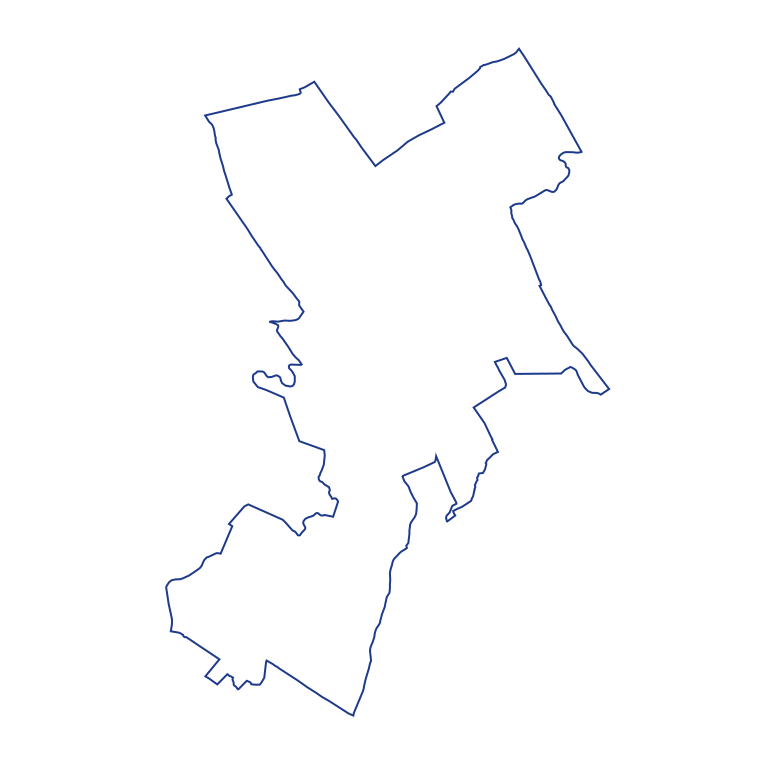 the district of Tutova, Vaslui, Romania, rotated 178°
{"feature_id": "2599482B39338540323692", "entity_name": "Tutova", "entity_type": "district", "adm_level": 2, "iso_a3": "ROU", "parent_name": "Romania", "parent_adm1": "Vaslui", "projection": "albers", "projection_center": [27.57, 46.124], "detail": "fine", "context": "isolated", "style": "outline", "palette": "blue", "viewbox_px": 768, "rotation_deg": 178, "n_neighbors": 0, "source": "geoboundaries", "source_scale": "gbopen_adm2", "svg_char_len": 6129}
<svg xmlns="http://www.w3.org/2000/svg" viewBox="0 0 768 768"><g transform="rotate(178 384 384)"><path d="M457.9,681.5L457.7,680.2L457.1,678.6L457.1,678.0L457.4,677.5L458.4,676.8L462.7,675.7L466.3,675.4L478.5,673.1L490.5,671.2L553.4,658.6L549.8,652.4L546.8,649.2L545.4,645.9L544.8,643.0L544.2,638.0L543.6,635.8L543.8,634.0L543.3,630.7L540.9,623.5L540.8,621.9L539.5,615.1L537.3,607.3L536.3,602.1L535.6,600.1L531.7,585.7L529.7,579.4L529.5,578.5L531.9,577.3L535.0,574.7L515.0,543.6L511.1,536.7L504.7,526.5L503.0,524.5L502.3,522.6L501.6,521.9L491.9,505.7L489.5,502.2L486.4,498.1L482.8,492.2L480.6,489.2L479.3,486.5L478.3,485.2L471.9,477.9L469.0,473.6L465.8,469.3L466.1,465.6L461.9,459.1L466.6,452.8L467.9,451.8L470.3,450.9L475.4,450.4L481.2,450.9L487.9,450.0L492.6,450.6L494.7,450.5L495.7,450.2L495.6,449.8L493.5,449.4L491.9,448.5L490.3,448.0L487.8,446.4L487.6,445.4L488.3,443.1L489.1,441.7L489.0,440.4L485.7,435.2L484.0,433.2L478.5,424.7L474.3,417.3L471.1,413.4L468.3,410.7L465.6,406.5L466.1,406.1L468.3,406.1L476.4,406.7L477.8,406.1L478.4,405.3L478.4,403.7L478.1,402.8L476.3,401.0L475.1,399.3L472.9,395.0L473.1,389.5L474.0,386.8L475.3,385.4L477.1,384.8L478.9,384.9L479.8,385.4L482.1,385.6L485.8,388.4L486.8,390.8L487.5,394.1L489.4,395.7L490.6,396.3L491.9,396.3L495.9,395.0L499.5,394.8L501.1,396.2L503.1,399.5L504.0,400.3L505.1,400.7L509.9,401.0L511.9,399.3L514.0,398.1L514.5,397.2L514.8,395.5L514.6,391.7L514.0,390.4L510.2,385.3L502.1,382.2L484.6,373.9L478.7,354.4L470.6,329.8L446.1,320.0L445.7,314.8L447.0,305.4L449.3,299.8L450.8,297.0L451.4,295.0L452.4,293.9L452.6,293.1L452.5,291.1L451.9,289.8L451.1,288.9L449.3,288.3L446.7,285.4L445.0,284.5L444.1,283.6L443.1,283.3L442.5,282.7L441.8,279.8L442.7,277.9L442.7,277.0L442.0,274.9L440.6,273.0L440.0,271.2L439.8,271.0L437.5,271.5L436.1,271.2L434.9,270.0L434.0,268.0L439.5,253.1L448.0,255.2L449.4,254.7L451.2,254.8L452.5,255.4L454.2,257.0L455.4,257.4L456.8,257.0L458.4,255.5L459.8,254.6L464.8,253.2L467.3,252.0L469.1,249.9L469.5,248.7L469.6,247.9L469.2,246.5L467.7,243.5L467.8,242.1L468.7,240.9L471.4,238.3L473.2,235.9L474.0,235.6L475.4,235.9L477.0,238.4L478.4,239.8L480.1,240.6L481.0,241.4L486.8,248.5L490.0,251.9L523.8,268.4L527.8,266.6L543.8,249.5L540.6,247.2L553.2,220.1L554.9,220.6L557.4,220.8L565.5,217.3L567.2,216.9L570.0,214.1L572.5,208.9L574.0,206.9L576.7,204.9L585.5,199.4L592.1,196.7L594.7,196.0L599.2,196.0L603.1,195.3L605.7,193.4L608.2,189.9L608.8,188.3L606.9,171.9L604.1,156.4L604.3,151.3L605.7,144.3L597.8,142.7L595.9,141.8L593.5,140.2L593.4,139.2L592.8,138.5L591.6,137.9L590.6,138.0L558.1,114.6L572.7,98.1L572.2,97.7L569.1,95.8L561.1,89.6L550.7,99.4L550.2,99.2L548.5,97.5L547.1,97.1L545.1,95.8L545.4,95.2L545.7,93.7L544.7,91.1L544.7,88.8L544.2,87.9L542.5,86.6L540.7,84.0L539.9,84.2L531.5,92.2L528.2,90.6L527.3,89.4L527.1,88.6L526.3,88.4L522.2,87.9L518.6,87.9L517.1,89.6L513.9,94.7L511.6,110.0L511.0,111.7L505.1,108.1L501.9,105.6L500.9,105.3L498.6,103.3L481.1,91.1L471.2,83.6L462.7,77.8L456.7,73.3L450.5,69.5L431.0,56.0L426.2,53.7L425.6,56.3L415.3,78.8L414.3,83.4L412.5,90.1L409.1,100.0L407.7,105.4L406.6,107.8L407.3,117.9L406.8,120.9L405.6,123.9L404.7,125.5L402.5,131.5L402.0,134.8L400.7,138.8L399.8,140.4L397.0,144.3L396.2,146.0L396.1,147.4L395.4,149.3L394.1,153.9L391.1,161.0L389.3,168.7L388.6,171.1L386.0,174.9L385.7,175.8L385.1,181.1L385.2,183.1L384.6,187.7L384.7,194.8L383.9,198.5L382.3,203.0L381.5,206.1L380.6,208.0L379.5,209.4L374.2,214.6L372.6,215.9L366.9,219.2L367.3,221.8L365.3,224.1L365.1,225.2L363.9,232.8L363.7,236.8L362.7,242.8L361.6,245.1L358.5,249.1L357.0,251.7L356.4,253.3L355.7,258.2L355.3,263.6L358.5,269.4L361.5,276.0L362.9,280.4L364.0,282.1L367.0,286.0L368.7,290.9L368.2,291.6L347.1,299.5L336.6,304.0L335.9,304.4L335.0,306.4L334.4,310.0L321.1,273.7L315.8,262.8L315.8,261.8L319.5,260.1L320.2,259.4L322.8,253.4L326.0,250.2L326.7,248.1L325.9,244.5L325.7,244.4L324.4,245.2L317.4,250.1L318.7,252.4L319.3,254.7L314.3,257.0L310.5,258.4L301.0,264.2L300.4,265.6L300.4,266.2L299.0,268.4L297.8,272.8L297.8,273.6L297.0,275.2L297.2,276.0L296.3,277.8L296.7,279.8L295.1,283.1L293.9,284.8L294.3,287.1L292.9,289.0L292.9,290.0L292.1,291.3L288.2,291.6L286.1,295.1L285.3,297.6L284.5,300.6L285.1,301.6L284.2,303.0L283.8,304.3L282.6,305.1L282.2,305.8L281.6,306.1L277.3,310.1L272.5,312.1L277.9,324.2L278.0,324.6L277.6,325.0L279.2,328.1L284.9,341.4L295.2,357.4L268.9,373.1L263.0,376.3L262.2,378.6L262.2,379.9L263.3,383.9L268.2,393.1L269.4,396.1L271.2,399.4L272.4,402.2L260.4,405.8L252.6,389.5L206.6,388.3L202.5,391.9L197.1,394.5L195.6,393.9L192.5,391.8L191.3,390.5L189.9,386.1L184.3,374.5L183.0,372.6L180.4,369.8L176.3,367.9L172.2,367.7L169.8,367.1L167.8,365.8L159.2,371.1L176.8,395.7L179.2,399.7L184.5,407.2L189.6,412.5L193.1,415.4L194.3,417.0L199.1,425.3L202.2,429.7L203.8,432.5L205.4,436.0L208.2,441.0L209.8,445.1L213.5,452.6L214.5,455.3L215.9,457.5L219.1,463.9L225.1,476.7L223.5,477.3L224.1,480.3L225.6,483.7L233.5,506.9L236.1,513.6L236.8,514.7L238.9,520.4L240.8,524.3L241.4,526.4L244.4,534.6L245.7,537.2L247.6,540.2L249.1,544.0L250.1,545.6L250.1,547.4L250.8,550.0L250.7,553.7L251.6,556.2L251.1,556.5L248.1,558.5L246.6,559.0L243.1,559.6L239.8,559.4L238.0,560.7L236.6,562.2L234.4,563.6L226.4,566.2L215.9,572.1L214.0,572.1L209.2,570.0L207.2,570.2L205.0,572.1L203.6,574.8L203.2,576.1L201.9,578.1L200.7,579.0L197.9,580.3L192.8,585.4L192.2,586.5L191.5,588.9L191.3,590.6L191.5,591.6L192.1,593.0L192.7,593.6L193.9,594.1L194.5,594.8L194.8,596.0L194.7,597.5L195.6,599.3L197.2,600.5L200.0,601.5L201.2,602.9L201.3,604.5L201.0,605.2L199.7,606.8L196.9,608.7L194.5,609.4L187.6,609.1L183.0,608.4L179.5,608.7L178.5,609.1L197.2,645.9L204.3,658.2L204.3,659.0L207.3,665.4L209.3,667.3L212.1,672.1L216.0,678.1L232.6,706.7L237.4,714.3L240.3,710.8L242.7,709.1L252.8,704.6L259.5,702.5L263.8,701.9L271.7,699.4L273.3,699.4L275.0,698.2L276.7,697.6L277.2,696.0L279.7,693.5L288.7,686.5L303.1,676.6L304.9,673.7L307.2,673.9L308.4,672.3L317.6,663.1L321.8,659.8L314.6,643.0L327.8,636.8L340.3,631.4L351.7,625.4L362.4,617.0L377.4,607.6L385.0,602.1L398.5,621.6L403.1,629.0L405.3,631.7L419.6,653.3L429.4,667.2L443.1,688.5L452.9,683.3L457.9,681.5Z" fill="none" stroke="#1e3a8a" stroke-width="2"/></g></svg>